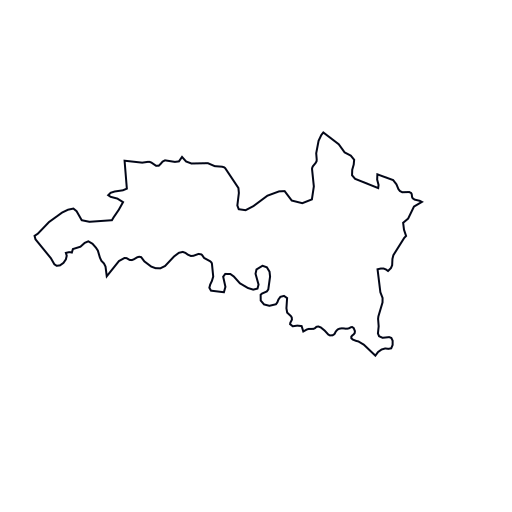 Haute-Garonne, Albers equal-area conic projection, rotated 52°
{"feature_id": "FRA-5298", "entity_name": "Haute-Garonne", "entity_type": "Metropolitan department", "adm_level": 1, "iso_a3": "FRA", "parent_name": "France", "parent_adm1": "", "projection": "albers", "projection_center": [1.234, 43.301], "detail": "fine", "context": "isolated", "style": "outline", "palette": "ink", "viewbox_px": 512, "rotation_deg": 52, "n_neighbors": 0, "source": "natural_earth", "source_scale": "10m", "svg_char_len": 3241}
<svg xmlns="http://www.w3.org/2000/svg" viewBox="0 0 512 512"><g transform="rotate(52 256 256)"><path d="M164.6,380.8L161.2,380.0L154.4,377.3L151.0,377.0L145.7,377.3L141.2,379.1L140.2,382.9L140.6,388.6L137.8,396.0L139.9,399.0L138.5,400.2L137.7,401.3L136.5,403.9L139.3,405.0L141.6,407.9L142.9,412.0L142.7,416.3L142.3,416.9L141.0,419.1L138.4,420.0L131.5,419.0L107.1,419.5L103.8,418.1L104.1,414.2L101.8,398.2L102.4,382.0L103.8,375.6L106.2,370.7L110.2,369.8L120.5,371.3L126.5,366.2L139.1,347.5L137.9,344.5L135.1,335.7L131.7,327.6L125.4,329.9L119.9,334.1L117.1,335.0L116.7,331.6L118.2,327.6L122.3,320.4L123.4,316.3L100.0,300.9L112.4,288.2L115.2,283.3L116.3,281.9L118.0,280.9L123.4,279.2L125.0,277.0L124.7,274.4L124.1,271.5L124.6,268.8L131.9,262.0L134.0,258.5L132.4,253.3L138.5,252.9L143.4,249.9L153.2,236.8L159.8,233.2L164.7,227.8L166.5,226.5L167.8,226.2L191.6,228.0L195.8,230.7L204.7,239.6L208.5,240.8L213.5,236.0L215.1,227.3L215.5,209.9L219.3,198.0L222.5,193.5L234.3,193.7L242.9,187.0L245.8,177.1L236.8,167.6L221.8,158.2L220.9,157.1L220.3,155.9L219.4,151.8L218.6,149.9L217.4,148.8L212.1,145.3L203.7,135.7L200.9,130.1L200.1,126.9L218.9,122.0L228.9,122.4L235.3,119.5L240.6,119.4L244.1,122.7L247.3,127.1L251.5,130.6L256.2,130.4L277.7,117.9L275.5,115.7L270.4,113.5L266.4,110.1L280.6,101.2L286.0,101.2L291.0,102.6L293.4,102.6L295.8,101.5L299.9,95.9L301.8,95.0L303.1,95.2L305.6,96.7L307.0,97.0L309.2,96.3L313.3,93.0L315.5,92.0L314.3,101.1L320.2,113.1L320.4,119.6L326.4,123.2L332.6,125.4L333.0,128.1L339.9,147.2L342.3,150.3L347.1,154.4L348.6,157.1L349.1,161.2L346.6,161.9L344.4,163.2L342.7,165.4L341.3,168.4L361.1,180.3L367.0,182.1L370.5,184.9L378.9,196.7L380.7,198.5L386.9,202.6L392.1,207.6L395.0,208.4L398.4,206.6L401.9,201.0L403.9,199.8L406.9,200.5L410.2,203.1L412.0,206.3L410.7,208.8L408.4,211.1L407.0,214.6L406.8,218.9L408.0,223.3L392.4,225.6L386.4,227.9L384.5,229.4L381.4,231.2L379.5,231.5L378.2,230.5L377.9,229.0L377.9,227.3L377.5,225.7L376.1,224.3L372.9,223.4L371.1,224.0L370.5,225.3L370.3,227.0L369.6,228.6L368.5,230.1L367.0,231.5L365.7,233.1L364.7,234.9L364.2,236.7L364.4,238.6L364.9,240.3L365.7,241.8L365.8,243.0L365.6,244.6L364.0,246.7L362.4,247.4L357.1,247.8L352.2,248.9L349.9,250.3L349.0,252.0L349.2,253.8L348.8,255.6L345.9,259.4L345.2,261.2L344.6,265.2L339.3,263.2L336.3,266.3L334.0,270.3L330.7,271.1L329.7,270.0L328.3,266.9L326.5,265.7L324.9,265.5L319.8,266.3L315.9,264.2L308.3,257.4L304.7,258.5L303.2,261.9L304.1,265.1L305.7,267.8L306.3,270.0L303.5,276.1L299.1,279.5L294.0,279.7L289.4,276.2L289.3,274.4L290.6,269.3L289.9,266.9L280.9,257.6L276.7,255.0L271.6,254.4L267.7,256.9L266.9,263.9L269.7,267.3L280.1,271.6L282.6,274.9L280.8,278.9L276.2,282.1L267.6,285.5L258.5,286.1L254.4,287.3L251.2,291.3L252.1,294.6L261.5,299.1L264.8,303.6L255.6,312.8L252.3,312.3L250.3,309.7L248.5,306.1L245.9,302.4L235.0,295.5L233.8,295.1L232.1,295.3L225.6,298.1L222.1,297.9L221.1,298.1L219.0,300.0L217.3,305.2L215.9,307.3L212.9,308.9L210.1,309.7L207.7,311.2L206.0,314.8L205.9,320.8L207.9,333.8L206.8,339.0L203.7,342.7L199.8,345.1L191.5,347.3L186.2,347.2L184.7,348.5L183.9,350.3L183.4,354.3L182.8,356.3L181.3,358.0L178.0,359.3L176.6,360.9L175.6,367.1L180.1,386.1L171.7,381.1L168.3,380.4L164.6,380.8Z" fill="none" stroke="#020617" stroke-width="2"/></g></svg>